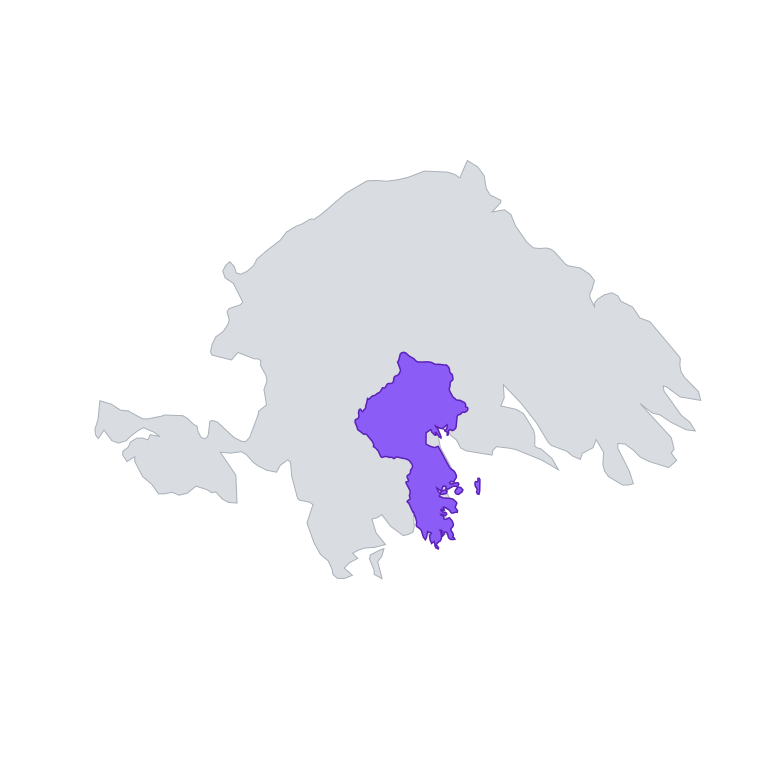 location of Galway within Ireland, rotated 246°
{"feature_id": "IRL-713", "entity_name": "Galway", "entity_type": "County", "adm_level": 1, "iso_a3": "IRL", "parent_name": "Ireland", "parent_adm1": "", "projection": "albers", "projection_center": [-9.136, 53.343], "detail": "fine", "context": "in_parent", "style": "filled", "palette": "violet", "viewbox_px": 768, "rotation_deg": 246, "n_neighbors": 0, "source": "natural_earth", "source_scale": "10m", "svg_char_len": 9835}
<svg xmlns="http://www.w3.org/2000/svg" viewBox="0 0 768 768"><g transform="rotate(246 384 384)"><path d="M463.5,139.4L450.5,149.1L448.6,152.7L445.2,167.1L444.8,171.2L436.9,187.3L432.3,190.6L425.3,193.3L421.3,196.0L416.3,194.8L409.9,195.1L406.8,198.0L407.0,200.2L408.9,202.7L420.9,209.8L420.2,212.8L417.0,216.3L396.0,225.3L389.7,230.5L387.6,234.0L389.9,239.6L407.1,256.5L410.1,258.3L412.7,268.2L427.8,272.1L434.1,278.2L439.5,279.6L451.0,278.8L455.6,281.0L458.2,279.2L459.6,275.9L472.2,263.4L468.0,254.4L480.5,238.5L484.1,238.7L490.3,243.2L495.5,249.6L497.3,258.4L502.3,266.1L505.5,268.7L513.8,270.0L515.9,273.1L514.8,284.6L516.1,288.3L537.2,287.3L545.5,282.0L552.8,282.6L556.7,287.5L558.5,292.8L552.3,295.0L545.6,294.2L542.6,297.8L542.6,304.5L545.2,313.0L549.9,318.9L553.9,332.5L557.5,347.6L562.5,356.7L563.9,368.1L563.5,373.7L564.7,383.8L562.9,387.4L564.8,396.9L573.9,427.1L576.5,450.9L573.0,460.0L568.2,468.7L565.2,478.9L563.0,489.9L562.1,507.5L551.6,528.4L546.9,533.7L541.4,537.1L554.3,551.0L544.4,557.8L533.5,560.2L521.3,557.0L513.7,557.7L504.3,565.5L502.1,564.2L497.2,552.6L494.2,564.8L487.3,568.9L475.2,568.4L455.2,572.2L447.6,575.8L444.5,581.3L442.2,587.6L439.2,591.4L435.7,593.4L420.2,598.3L417.2,600.2L410.1,610.5L400.7,616.5L392.9,618.3L385.9,612.6L382.9,609.0L379.7,607.3L369.0,607.7L372.4,609.5L374.6,613.6L375.8,621.6L374.6,629.4L369.4,633.4L363.1,634.2L353.2,642.4L340.0,644.7L332.9,652.2L289.1,664.8L286.6,665.0L280.6,661.8L274.0,660.3L267.5,661.3L249.1,668.2L240.2,666.7L251.7,649.3L266.9,640.6L268.5,638.2L263.6,636.9L234.7,642.8L224.6,647.9L214.5,649.3L219.3,641.4L232.3,630.6L243.5,623.6L248.4,617.2L262.0,610.0L218.2,624.6L206.7,622.6L204.1,618.4L195.1,620.2L191.9,610.0L205.3,594.8L213.1,588.3L222.3,584.8L231.1,579.8L234.5,573.5L230.4,571.5L204.1,572.7L191.5,571.2L192.3,566.2L194.7,560.8L207.9,551.5L214.9,550.1L221.2,551.1L232.2,556.8L246.9,555.2L240.8,549.1L239.9,536.8L235.2,532.7L241.3,527.1L248.2,523.7L259.7,512.0L263.8,510.3L286.4,507.5L310.7,501.4L334.8,492.8L322.4,488.1L316.5,481.8L307.0,494.5L300.2,499.4L280.8,501.9L274.7,500.5L266.1,496.5L263.4,498.0L260.9,501.0L248.0,507.1L234.6,508.5L250.3,497.2L270.3,478.0L274.7,471.9L281.0,461.3L279.1,456.5L275.1,453.8L289.4,432.0L294.4,428.0L303.5,427.4L310.2,423.9L313.1,423.9L315.8,422.6L321.6,416.0L312.6,411.9L303.3,409.7L274.5,411.9L270.7,411.4L267.1,409.4L264.8,406.5L263.1,399.0L261.0,397.4L254.6,397.3L248.1,399.5L243.7,399.3L239.3,396.0L246.4,388.4L237.4,386.5L228.3,387.9L220.7,385.5L220.6,380.8L224.1,376.0L219.6,371.5L218.8,365.7L223.6,363.0L228.8,364.0L239.5,359.9L253.1,358.0L241.5,353.7L236.9,350.1L236.7,344.6L237.7,340.0L251.2,332.2L265.6,328.8L264.6,323.6L265.6,318.0L251.2,316.2L236.8,320.1L238.5,309.3L242.0,299.6L242.7,293.2L242.1,286.4L235.4,289.2L234.8,279.6L232.0,272.9L222.1,277.3L222.4,268.6L225.3,262.5L230.5,259.9L235.6,261.2L245.1,261.1L254.3,256.6L267.4,255.5L288.4,257.1L302.8,270.1L306.5,267.7L312.3,259.5L315.0,258.6L336.8,262.1L350.3,266.7L353.9,265.2L351.9,256.2L347.2,249.9L353.0,241.6L360.0,236.0L364.7,233.1L375.5,229.5L380.2,226.2L383.3,215.6L388.2,206.7L361.0,211.6L335.0,201.3L339.0,193.9L344.5,189.6L353.9,186.4L354.7,182.5L359.5,179.2L367.2,170.7L364.2,159.8L365.7,151.7L371.3,146.4L372.9,138.8L375.4,133.3L386.7,131.1L397.6,125.8L414.5,124.8L418.9,126.8L417.7,117.7L425.6,116.4L428.8,118.1L430.3,124.6L434.0,128.6L435.2,135.7L432.9,141.3L429.0,145.7L432.8,149.9L427.2,157.9L433.3,154.4L442.0,146.5L441.4,140.2L439.7,132.4L437.1,125.3L438.0,117.4L442.9,112.3L455.8,109.5L450.3,100.7L455.0,99.8L460.2,101.5L467.9,108.3L484.3,117.6L476.7,126.5L467.1,132.8L463.5,139.4ZM234.0,312.8L233.6,317.0L227.3,311.7L224.3,305.9L206.9,303.1L214.2,297.5L217.7,299.2L230.0,299.6L233.4,302.0L234.0,312.8Z" fill="#d9dde1" stroke="#a8b0b8" stroke-width="1"/><path d="M315.2,424.8L315.2,424.1L311.5,422.0L311.5,420.9L313.6,421.8L314.7,422.0L315.7,420.9L316.7,420.4L317.4,420.6L316.9,422.0L317.8,423.2L318.7,424.1L319.8,424.7L321.1,425.0L320.3,422.0L319.9,420.9L319.3,420.0L320.4,417.8L321.8,416.2L324.7,414.0L323.8,414.0L322.1,414.7L321.4,414.9L312.8,414.7L311.5,414.0L313.1,413.1L317.0,412.1L318.7,411.9L318.7,411.0L316.3,411.0L316.3,410.0L317.1,409.3L319.3,408.6L320.5,408.1L323.4,408.1L322.3,402.6L312.0,397.9L308.1,401.1L305.3,404.4L305.1,408.1L280.5,410.0L277.8,411.4L276.5,412.4L274.5,412.9L270.9,412.9L269.1,412.0L268.1,410.6L267.3,409.2L266.2,408.0L267.8,405.5L267.2,403.8L265.8,403.8L264.9,406.5L264.5,409.6L263.5,411.5L262.1,411.7L260.7,409.9L260.8,408.8L262.5,405.8L261.8,399.2L263.5,398.0L264.7,398.8L265.3,398.9L265.6,398.6L266.2,397.3L266.5,396.9L266.7,396.4L263.2,392.9L264.2,391.9L267.5,390.0L264.3,389.8L262.8,390.0L261.5,390.9L262.6,392.7L262.7,395.2L262.0,397.3L260.3,398.0L258.7,396.3L259.2,393.6L260.1,391.1L260.0,389.9L259.5,389.6L259.2,389.1L258.8,388.8L258.2,389.4L257.0,390.9L256.0,391.4L255.3,392.5L254.3,394.8L252.2,398.5L250.8,400.2L246.7,402.0L245.3,402.0L243.9,400.3L242.2,398.8L238.4,399.7L237.0,398.7L237.4,398.1L237.9,396.3L238.0,394.6L238.4,393.6L239.0,393.0L239.7,392.8L240.9,392.7L242.4,392.3L245.9,390.0L247.2,388.8L247.3,387.8L244.2,387.8L244.3,386.7L246.1,385.8L246.1,384.8L244.8,384.8L243.8,385.2L241.9,386.7L241.9,387.7L240.8,388.5L239.4,388.3L239.0,386.7L239.4,385.4L241.2,384.2L241.9,382.7L240.8,382.9L240.1,383.6L239.5,384.4L238.7,384.8L237.9,384.5L237.2,383.9L236.4,383.8L235.4,384.7L235.1,386.2L235.3,387.8L235.4,389.1L234.4,389.7L233.4,389.8L232.0,390.5L228.5,390.5L227.4,390.2L226.4,389.6L225.5,388.4L225.0,387.1L224.4,386.0L223.2,385.6L219.7,386.2L217.6,385.9L216.4,384.5L215.6,385.2L214.9,385.5L213.3,385.5L214.1,383.1L215.1,381.5L216.4,380.7L218.2,380.5L221.5,381.2L222.8,381.0L224.1,379.6L224.2,378.5L223.1,378.4L222.3,377.8L221.7,376.9L221.2,375.5L223.1,375.9L225.2,376.9L227.0,377.2L227.7,375.6L226.0,375.8L222.8,375.1L219.5,373.6L217.7,371.5L217.7,370.6L217.2,368.8L216.5,367.2L215.7,366.4L213.2,367.1L212.1,367.2L211.3,366.4L213.3,364.7L215.3,364.7L217.4,365.4L219.6,365.6L219.4,364.9L219.2,363.2L219.0,362.6L222.8,362.7L226.7,363.8L227.2,364.3L228.4,366.6L229.3,366.2L230.5,364.4L231.4,363.8L226.2,360.2L224.9,358.4L228.2,357.7L235.0,358.5L237.4,357.8L240.4,356.0L241.6,355.9L242.5,356.3L244.3,357.6L248.4,358.4L255.2,358.9L255.2,358.3L264.7,358.2L265.4,358.1L266.1,357.5L266.7,357.3L267.2,357.3L267.7,358.0L267.9,358.6L268.2,360.4L268.4,360.9L268.7,361.2L269.2,361.4L271.6,361.7L272.0,361.9L272.5,362.3L273.4,363.3L275.2,364.1L276.3,364.4L284.5,363.9L285.4,364.1L285.5,364.7L285.5,365.2L285.2,366.2L285.3,366.7L285.6,367.1L286.3,367.2L289.5,367.2L290.3,367.6L290.8,368.0L291.1,369.7L291.3,370.3L291.6,371.1L292.2,372.0L293.0,372.5L294.3,373.1L294.6,373.4L295.0,373.9L295.5,375.3L296.2,375.9L297.1,376.4L298.6,377.0L299.2,377.0L302.0,376.3L302.6,376.3L303.4,376.1L304.2,375.7L306.2,374.0L307.0,373.2L308.4,371.0L311.8,366.5L312.3,365.5L312.4,364.8L311.9,363.9L311.7,363.5L311.7,362.9L312.0,362.5L312.5,362.2L313.4,361.8L314.0,361.3L314.3,360.4L314.4,359.7L314.8,359.0L316.4,357.2L316.9,356.4L317.2,355.8L317.6,354.1L317.7,352.3L318.2,351.9L319.2,351.5L324.9,351.5L328.5,350.5L331.2,348.8L332.5,349.9L335.8,350.0L337.7,349.6L338.2,349.4L344.9,347.6L345.7,347.0L345.9,346.6L346.1,345.4L346.6,344.9L347.4,344.4L350.2,343.1L352.3,341.7L353.1,341.5L353.7,341.5L354.8,341.8L360.6,342.0L361.1,342.1L361.7,342.3L362.5,342.9L362.9,343.3L363.1,343.9L363.0,345.2L363.2,346.2L363.6,347.1L364.4,347.7L365.3,348.2L367.6,348.8L368.3,349.1L369.8,350.2L370.3,350.6L370.5,351.0L370.7,351.4L370.8,351.9L370.6,352.3L370.1,352.5L368.4,352.7L367.9,352.8L367.6,353.2L367.5,353.7L368.4,355.0L368.7,355.5L368.8,356.1L369.1,356.7L369.6,357.4L371.7,358.6L373.8,360.5L377.0,362.7L377.4,363.3L376.7,363.4L376.3,363.6L376.2,364.1L376.3,364.5L377.5,367.3L377.8,368.4L377.8,368.9L377.4,370.4L377.4,371.0L377.4,371.5L377.9,373.2L378.1,374.1L378.2,374.6L378.1,375.7L378.1,376.3L378.6,377.4L379.9,379.5L380.9,380.5L381.1,380.9L381.2,381.2L381.0,381.6L380.4,382.3L380.3,382.7L380.3,383.4L380.6,384.2L381.9,385.8L382.3,386.4L382.7,387.3L382.7,387.8L382.7,388.3L382.0,389.6L381.6,390.6L381.6,391.2L381.6,391.9L381.9,392.9L382.5,393.6L383.4,394.2L385.0,395.2L385.7,395.7L386.2,396.3L386.5,397.2L386.6,397.6L386.4,399.6L386.6,400.5L387.0,401.5L388.2,403.2L388.9,403.9L389.5,404.5L390.5,404.8L395.5,405.2L398.6,405.3L398.7,405.8L399.9,407.3L404.6,410.9L405.4,412.7L404.8,415.2L403.2,416.7L399.5,418.3L394.6,421.8L392.6,422.3L390.9,423.3L389.4,425.7L387.1,431.5L385.7,434.2L385.0,435.4L384.1,436.4L381.7,438.3L381.0,439.1L380.5,439.8L380.3,441.0L379.2,443.0L376.5,447.3L376.1,448.7L373.0,449.9L371.5,449.9L368.0,449.0L367.2,449.1L366.4,449.4L365.5,450.0L364.5,450.1L361.5,449.4L359.9,448.6L359.5,447.8L359.2,446.7L358.8,445.6L357.8,444.7L355.8,443.8L352.9,441.6L351.9,441.3L350.9,441.2L344.7,441.6L343.7,441.9L342.2,442.8L340.7,443.2L340.2,443.5L339.6,444.3L339.0,445.1L338.6,446.0L338.1,446.9L337.8,447.2L336.3,448.3L335.0,449.5L333.9,450.1L333.1,450.2L332.1,450.2L331.4,450.0L330.8,449.7L330.2,449.2L329.8,449.3L329.4,449.6L329.1,450.2L328.6,450.7L328.1,450.8L327.7,450.7L326.4,450.0L326.0,449.5L325.6,448.6L325.3,447.0L325.3,446.2L325.5,445.8L326.2,444.6L326.3,444.2L326.2,443.7L326.0,443.2L325.5,442.4L325.4,441.9L325.3,441.3L325.3,440.7L325.5,439.6L325.5,439.1L325.3,438.5L325.1,438.1L324.8,437.7L315.3,432.3L314.7,431.7L314.4,431.3L314.0,430.5L313.7,429.5L313.6,428.9L313.5,428.3L313.6,427.7L313.8,427.3L314.0,426.9L315.0,426.5L315.3,426.2L315.4,425.9L315.4,425.0L315.2,424.8ZM258.9,431.2L259.1,431.1L259.5,431.3L259.4,432.4L257.8,432.8L247.5,428.0L244.6,425.9L245.6,424.6L247.6,424.6L249.8,426.3L250.9,426.3L253.0,425.9L254.7,426.1L256.9,427.0L257.6,428.1L256.8,429.2L256.8,430.1L258.9,431.2ZM257.8,405.9L259.9,409.5L258.1,412.2L255.1,413.0L253.6,411.3L253.3,409.1L252.9,408.1L252.8,407.3L253.6,405.9L254.6,405.1L255.9,404.9L257.0,405.1L257.8,405.9Z" fill="#8b5cf6" stroke="#5b21b6" stroke-width="1.5"/></g></svg>